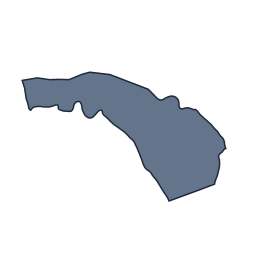 Coolie Town, Praslin, Saint Lucia, rotated 156°
{"feature_id": "8701671B21751079889511", "entity_name": "Coolie Town", "entity_type": "district", "adm_level": 2, "iso_a3": "LCA", "parent_name": "Saint Lucia", "parent_adm1": "Praslin", "projection": "albers", "projection_center": [-60.913, 13.854], "detail": "fine", "context": "isolated", "style": "filled", "palette": "slate", "viewbox_px": 256, "rotation_deg": 156, "n_neighbors": 0, "source": "geoboundaries", "source_scale": "gbopen_adm2", "svg_char_len": 5800}
<svg xmlns="http://www.w3.org/2000/svg" viewBox="0 0 256 256"><g transform="rotate(156 128 128)"><path d="M47.0,69.5L47.0,70.3L47.0,70.6L47.0,70.9L46.8,71.7L46.6,72.7L46.6,72.9L46.3,73.8L46.3,74.1L46.2,74.4L46.0,75.0L45.8,75.5L45.7,75.8L45.6,76.4L45.6,76.7L45.5,77.0L45.5,77.3L45.4,78.2L45.4,79.1L45.5,79.5L45.5,79.8L45.6,80.2L45.7,80.5L45.8,80.8L46.1,81.7L46.4,82.2L46.9,83.7L47.0,84.3L47.1,84.6L47.1,84.9L47.2,85.7L47.3,85.9L47.3,86.3L47.4,86.6L47.4,87.0L47.5,87.4L47.5,87.7L47.7,88.3L47.8,88.7L48.0,89.2L48.1,89.5L48.6,90.8L48.7,91.1L49.2,92.5L49.4,93.0L49.6,93.6L49.8,94.2L49.9,94.9L50.1,95.6L50.4,96.5L50.6,97.2L51.0,98.2L51.7,99.7L52.2,100.8L53.0,102.7L53.1,103.1L53.2,103.3L54.3,105.4L54.4,105.7L54.7,106.3L55.8,108.8L56.5,110.5L56.6,110.8L56.7,111.1L56.8,111.4L57.0,112.0L57.1,112.7L57.2,113.2L57.3,113.5L57.4,113.9L57.5,114.1L57.6,114.7L57.8,115.5L58.1,116.0L58.2,116.3L58.3,116.6L58.6,117.1L58.8,117.3L59.1,117.5L59.9,117.9L60.4,118.1L60.9,118.4L61.5,118.9L61.7,119.2L62.4,119.9L62.6,120.1L62.8,120.4L63.2,120.8L63.7,121.2L63.9,121.3L64.7,121.8L65.8,122.4L66.7,122.7L67.0,122.8L67.5,122.9L67.8,123.0L68.0,123.1L68.7,123.1L70.1,123.3L70.5,123.4L70.7,123.5L71.0,123.6L71.5,123.9L71.9,124.3L72.1,124.5L72.3,124.7L72.5,125.1L72.5,125.3L72.6,125.7L72.6,126.5L72.6,126.8L72.2,127.9L72.0,128.5L71.9,128.8L71.7,129.3L71.5,129.8L71.2,130.7L71.0,131.4L70.9,131.9L70.8,132.5L70.8,133.6L70.9,134.0L71.1,134.9L71.2,135.2L71.3,135.4L71.5,135.7L71.9,136.7L72.4,137.4L72.8,137.9L73.6,138.5L73.9,138.6L74.1,138.8L74.6,139.1L75.2,139.5L75.6,139.6L76.2,139.8L76.8,139.9L77.1,139.9L77.5,140.0L78.2,140.0L78.4,140.1L79.0,140.1L79.3,140.1L81.7,140.1L82.3,140.0L82.5,140.0L83.4,139.9L83.7,139.8L84.0,139.8L85.2,139.8L85.8,139.9L86.1,140.0L86.3,140.1L86.9,140.4L87.3,140.7L87.5,140.9L88.0,141.4L89.1,142.7L93.7,155.1L122.8,184.2L140.2,194.5L147.7,195.7L162.3,196.2L172.2,200.9L179.7,203.9L190.5,210.7L205.3,214.5L206.2,206.6L209.2,195.7L209.2,193.7L209.8,189.6L210.6,186.0L210.4,185.1L210.2,184.5L209.7,183.8L207.5,185.0L206.4,185.2L205.9,185.3L205.3,185.3L204.8,185.3L204.5,185.2L204.2,185.1L203.9,185.1L203.6,185.0L203.4,184.9L203.1,184.8L202.8,184.8L202.3,184.6L201.5,184.3L201.2,184.2L200.9,184.1L200.4,183.8L199.8,183.6L199.3,183.3L198.8,183.1L198.0,182.5L197.3,182.1L197.0,181.9L196.5,181.7L196.3,181.5L195.8,181.3L195.5,181.2L194.8,180.8L194.2,180.5L193.7,180.3L192.4,179.7L191.1,179.3L190.5,179.1L190.2,179.0L189.4,178.9L188.5,178.8L187.7,178.7L186.9,178.6L185.7,178.5L184.8,178.5L184.5,178.4L183.7,178.1L183.2,177.8L183.0,177.6L182.9,177.3L182.8,177.0L182.8,176.6L182.9,176.1L183.0,175.8L183.3,175.3L183.6,174.7L183.6,174.4L183.7,174.1L183.7,173.8L183.6,173.5L183.5,173.2L183.3,173.0L183.0,172.5L182.5,172.0L182.1,171.6L181.8,171.4L180.8,170.4L180.3,170.0L180.0,169.7L179.7,169.6L179.4,169.4L179.1,169.2L178.0,168.7L177.4,168.4L176.7,168.0L176.4,167.8L175.9,167.5L175.6,167.4L175.1,167.2L174.6,166.9L173.7,166.7L173.2,166.5L172.9,166.5L172.6,166.6L172.4,166.7L172.1,166.8L171.6,167.1L171.1,167.4L170.9,167.6L170.4,168.0L170.2,168.2L169.9,168.6L169.5,169.1L168.9,169.8L168.0,171.0L167.8,171.2L167.5,171.6L167.2,171.8L166.7,172.0L166.4,172.1L165.9,172.3L165.7,172.5L165.1,172.7L164.9,172.8L164.6,172.9L163.7,172.7L163.4,172.7L163.1,172.6L162.8,172.5L162.0,172.1L161.8,171.9L161.6,171.7L161.4,171.5L161.3,171.2L161.2,170.9L161.1,170.6L161.0,170.1L161.0,169.1L161.0,168.8L161.0,168.5L161.1,168.1L161.2,167.2L161.3,166.9L161.3,166.6L162.1,164.3L162.2,163.9L162.2,163.6L162.3,163.3L162.3,162.6L162.3,161.6L162.3,161.2L162.3,159.1L162.3,158.6L162.2,158.0L162.1,157.7L162.1,157.4L162.0,157.0L161.8,156.4L161.7,156.2L161.4,155.6L161.3,155.4L160.7,154.3L160.3,153.8L159.9,153.4L159.7,153.2L159.4,153.0L159.1,152.8L158.6,152.6L158.1,152.4L157.5,152.2L156.4,152.2L156.0,152.3L155.5,152.4L155.2,152.4L154.6,152.6L154.1,152.8L153.5,153.1L153.2,153.2L152.2,153.6L151.0,154.2L148.6,155.3L148.2,155.4L147.6,155.6L147.0,155.6L146.7,155.6L146.1,155.4L145.7,155.3L145.5,155.2L145.2,155.0L145.0,154.8L144.8,154.6L144.6,154.3L144.6,154.0L144.7,153.7L144.8,153.4L144.9,153.2L145.1,152.3L145.2,151.9L145.2,151.2L145.1,150.6L145.0,150.3L144.9,149.7L144.6,149.1L144.2,148.2L143.2,146.3L143.0,145.7L142.7,145.1L142.5,144.5L142.3,143.9L141.6,141.9L141.0,140.4L140.6,139.5L140.1,138.3L139.4,137.0L139.3,136.7L139.0,136.1L138.2,134.9L137.7,134.0L137.1,133.1L136.9,132.9L136.7,132.3L136.5,132.1L136.0,131.1L134.7,128.9L134.5,128.6L134.3,128.3L134.1,128.0L133.8,127.4L132.7,125.3L132.4,124.6L132.2,124.2L131.9,123.3L131.4,122.1L131.0,121.1L130.4,118.9L130.2,118.4L130.1,118.2L130.0,117.8L129.8,117.3L129.5,116.7L129.4,116.5L129.2,116.3L128.7,115.1L128.6,114.8L128.3,113.9L128.2,113.6L128.1,113.0L128.1,112.6L128.0,111.6L128.0,110.7L128.0,110.3L128.0,109.7L128.0,109.1L128.0,108.3L127.9,107.9L127.9,104.6L128.0,104.2L128.0,101.1L128.0,100.8L128.1,98.7L128.1,98.0L128.2,97.0L128.2,96.7L128.2,95.9L128.3,94.8L128.3,94.1L128.5,91.9L128.5,91.3L128.6,90.9L128.7,89.6L128.7,89.3L128.7,89.0L128.8,88.5L128.8,87.6L128.7,85.6L128.6,85.1L128.6,84.8L128.4,84.3L128.3,84.0L128.2,83.6L128.0,83.0L127.4,81.9L127.2,81.6L127.1,81.3L126.7,80.7L126.5,80.4L126.4,80.2L126.2,79.9L125.9,79.3L125.6,78.5L125.3,77.5L125.2,76.6L125.0,75.8L125.0,75.5L124.9,74.8L124.7,74.2L124.6,73.5L124.4,72.7L124.1,71.7L123.8,71.0L123.5,69.9L123.3,68.8L123.0,66.9L122.9,66.5L122.7,65.2L122.6,63.9L122.3,62.5L122.3,62.1L122.3,61.8L122.2,60.8L122.1,60.5L122.0,59.7L121.9,58.6L121.9,58.4L121.8,58.0L121.8,57.7L121.7,57.4L121.7,57.0L121.5,56.4L121.4,55.3L121.2,54.1L121.0,52.9L120.8,52.0L120.8,51.7L120.7,51.1L120.6,50.7L120.5,50.2L120.5,49.9L120.4,49.2L120.2,47.5L120.2,46.9L120.2,44.6L87.4,42.4L71.8,41.5L70.2,43.8L65.4,48.6L61.4,53.9L59.6,56.5L58.5,59.0L57.5,61.6L57.0,65.0L55.3,66.8L51.4,67.9L49.3,69.3L47.0,69.5Z" fill="#64748b" stroke="#1e293b" stroke-width="1.5"/></g></svg>